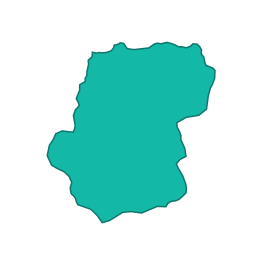 the border of Eskisehir, rotated 284°
{"feature_id": "TUR-2269", "entity_name": "Eskisehir", "entity_type": "Province", "adm_level": 1, "iso_a3": "TUR", "parent_name": "Turkey", "parent_adm1": "", "projection": "orthographic", "projection_center": [31.246, 39.627], "detail": "fine", "context": "isolated", "style": "filled", "palette": "teal", "viewbox_px": 256, "rotation_deg": 284, "n_neighbors": 0, "source": "natural_earth", "source_scale": "10m", "svg_char_len": 1445}
<svg xmlns="http://www.w3.org/2000/svg" viewBox="0 0 256 256"><g transform="rotate(284 128 128)"><path d="M92.2,55.9L98.3,58.2L104.9,59.3L109.3,64.9L110.2,72.9L110.8,75.7L113.2,76.4L117.4,76.2L127.1,72.0L133.0,72.6L135.6,74.2L138.3,75.2L141.2,73.2L144.0,70.7L153.3,72.0L155.9,71.1L158.5,70.8L162.7,75.3L165.7,74.4L169.0,75.4L173.0,74.5L180.4,74.3L184.1,73.0L188.3,75.9L193.0,75.1L192.9,79.1L194.2,81.4L194.7,84.8L196.1,88.9L198.7,92.9L201.7,94.5L205.2,94.7L205.9,96.6L207.5,98.8L208.7,99.8L209.0,103.3L204.8,108.1L205.5,114.8L210.7,128.8L215.9,133.3L217.4,136.0L217.8,140.1L219.3,142.6L220.5,145.3L220.5,149.4L220.0,153.4L219.0,157.5L219.5,159.2L219.8,159.9L219.9,165.0L222.1,168.5L225.4,170.7L226.1,174.7L224.2,177.9L221.7,180.4L219.5,180.7L217.2,181.4L216.4,182.8L215.4,184.2L209.9,186.9L207.5,188.7L207.2,192.6L206.4,196.4L204.9,198.5L196.8,200.1L190.6,199.3L186.7,198.3L178.6,198.1L165.3,199.6L157.5,193.7L152.4,181.9L145.1,174.2L140.8,175.4L137.2,178.6L133.6,181.1L129.5,182.1L122.1,187.9L114.5,191.1L110.0,186.0L104.9,183.6L101.2,186.4L94.6,192.8L87.7,197.5L84.0,199.2L79.2,200.0L74.6,197.3L73.0,196.0L71.2,194.9L68.9,191.9L67.3,187.7L64.4,184.8L60.8,183.9L59.0,175.4L48.8,161.7L47.7,151.3L44.9,143.3L33.7,132.4L29.9,125.9L35.7,119.3L40.2,111.5L41.4,97.9L44.1,95.6L47.2,94.0L49.0,91.5L50.6,88.7L55.8,86.4L61.4,86.6L66.7,82.7L70.1,76.6L71.5,69.6L73.4,62.9L81.7,56.3L92.2,55.9Z" fill="#14b8a6" stroke="#0f766e" stroke-width="1.5"/></g></svg>